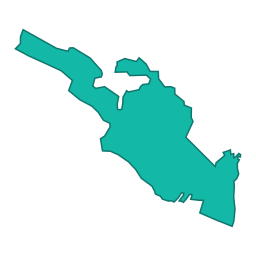 outline of Jondor, Bukhoro, Uzbekistan
{"feature_id": "79887680B67164743475948", "entity_name": "Jondor", "entity_type": "district", "adm_level": 2, "iso_a3": "UZB", "parent_name": "Uzbekistan", "parent_adm1": "Bukhoro", "projection": "orthographic", "projection_center": [63.66, 39.945], "detail": "fine", "context": "isolated", "style": "filled", "palette": "teal", "viewbox_px": 256, "rotation_deg": 0, "n_neighbors": 0, "source": "geoboundaries", "source_scale": "gbopen_adm2", "svg_char_len": 1573}
<svg xmlns="http://www.w3.org/2000/svg" viewBox="0 0 256 256"><path d="M102.2,73.9L101.3,70.6L90.1,58.0L73.3,47.8L69.6,48.0L68.0,51.3L56.4,48.3L23.1,29.7L20.5,36.7L20.4,43.6L15.4,48.8L28.7,55.9L47.1,64.2L61.4,70.9L72.4,80.4L68.7,90.6L79.9,99.8L92.1,106.3L98.4,112.5L103.4,120.2L109.7,123.2L110.2,126.7L104.6,136.1L100.5,138.7L102.5,150.9L110.4,151.2L118.1,154.6L128.6,161.9L135.7,169.5L141.3,178.3L151.9,186.1L154.5,190.9L155.4,194.0L160.4,196.2L162.4,199.1L168.6,201.1L171.1,200.7L174.1,202.0L178.4,197.7L181.6,192.7L183.9,193.3L183.2,195.5L179.1,200.9L181.9,201.4L183.5,202.3L187.3,197.7L189.4,194.5L191.8,194.5L191.8,196.1L190.7,199.3L199.5,200.3L203.6,200.3L199.8,212.9L216.9,220.3L232.1,226.3L233.8,221.3L235.0,209.3L233.7,197.3L234.3,186.2L233.9,181.4L236.8,178.5L238.7,174.0L237.4,168.5L237.3,163.5L239.3,159.8L237.8,158.9L237.9,156.5L240.3,157.0L240.6,154.6L238.8,153.4L235.4,157.1L233.8,157.6L233.7,153.6L230.8,154.5L230.4,149.9L226.4,151.4L223.2,152.4L224.7,155.5L221.8,157.9L216.2,162.6L215.2,166.6L185.8,137.3L193.0,121.6L191.2,117.4L191.4,108.0L184.3,105.2L183.9,101.4L174.9,94.1L174.7,88.2L170.8,86.7L164.7,86.9L158.6,78.7L158.3,71.5L150.1,71.4L146.1,64.0L139.1,57.8L136.4,61.5L124.8,58.6L117.0,62.0L117.2,65.2L116.0,67.0L115.5,70.2L115.1,72.2L126.9,71.9L129.9,75.6L146.4,75.1L150.6,79.1L148.7,83.9L142.9,84.5L140.5,86.6L139.1,89.7L128.4,92.0L126.6,90.7L123.0,97.4L122.8,103.3L121.7,109.4L118.3,109.8L117.4,108.5L117.3,103.4L118.7,96.5L104.6,86.7L95.7,88.4L92.8,86.0L94.9,78.2L101.4,76.9L102.2,73.9Z" fill="#14b8a6" stroke="#0f766e" stroke-width="1.5"/></svg>